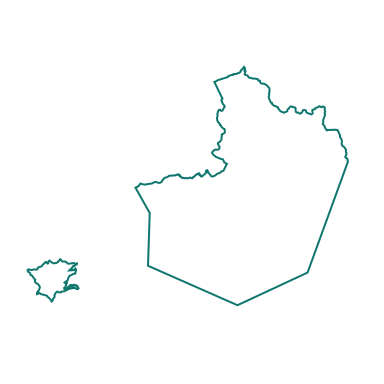 Guevea de Humboldt, Oaxaca, Mexico, rotated 10°
{"feature_id": "50627088B66942360920108", "entity_name": "Guevea de Humboldt", "entity_type": "district", "adm_level": 2, "iso_a3": "MEX", "parent_name": "Mexico", "parent_adm1": "Oaxaca", "projection": "orthographic", "projection_center": [-95.455, 16.84], "detail": "fine", "context": "isolated", "style": "outline", "palette": "teal", "viewbox_px": 384, "rotation_deg": 10, "n_neighbors": 0, "source": "geoboundaries", "source_scale": "gbopen_adm2", "svg_char_len": 5838}
<svg xmlns="http://www.w3.org/2000/svg" viewBox="0 0 384 384"><g transform="rotate(10 192 192)"><path d="M296.3,90.3L296.5,91.5L297.2,93.5L296.7,94.3L296.3,94.8L295.5,94.8L293.0,94.3L292.4,94.3L290.8,93.7L289.9,91.9L289.0,91.7L287.1,92.1L286.7,93.9L286.4,94.7L285.0,96.1L283.7,95.9L283.0,95.3L281.4,95.6L280.6,95.2L280.2,94.6L279.8,93.6L279.6,91.9L278.9,91.0L277.2,90.8L276.3,90.8L274.8,90.4L273.5,91.6L272.9,92.8L272.1,93.8L271.8,94.4L271.7,96.0L268.9,97.8L268.2,98.0L267.6,97.6L265.3,97.2L263.7,96.0L262.8,94.9L262.1,94.6L261.9,93.6L260.5,93.4L259.5,92.9L258.0,92.8L257.1,92.4L255.6,91.4L255.4,90.4L254.1,90.2L252.6,88.0L251.0,85.2L251.1,82.2L250.7,81.5L250.9,79.4L250.5,77.1L249.6,75.8L248.2,74.7L245.9,73.3L243.9,72.9L241.5,73.1L240.5,72.5L239.5,71.1L239.5,70.6L238.1,70.8L237.0,69.4L234.2,69.4L232.1,69.7L231.5,69.7L231.0,69.5L229.8,69.6L227.9,69.3L226.9,68.0L225.7,67.5L224.1,67.5L223.3,66.7L223.8,63.7L222.6,63.6L222.5,62.8L222.9,61.4L222.6,60.8L221.6,59.8L220.8,61.3L219.2,63.5L218.6,65.7L217.4,66.7L216.0,67.3L215.7,67.7L215.0,68.1L213.5,68.5L212.4,68.6L212.3,69.5L210.5,69.9L207.7,71.5L207.4,72.5L198.0,77.4L196.3,78.9L194.9,79.7L205.8,94.8L205.1,95.6L205.0,96.6L207.1,99.9L208.3,100.8L209.4,102.2L209.0,103.1L207.9,106.5L206.8,107.0L205.9,106.8L205.1,106.1L204.4,106.3L203.6,108.1L203.4,111.0L203.8,111.6L204.0,112.8L203.7,114.6L204.5,117.2L205.4,118.5L207.2,119.7L207.9,121.2L208.3,121.2L209.1,121.8L209.4,122.4L210.7,123.4L212.2,124.3L212.9,124.2L213.3,124.8L213.9,126.9L213.9,127.8L213.3,128.7L212.4,129.5L211.6,129.9L211.3,130.6L211.6,131.0L211.6,132.9L211.9,135.0L211.7,135.8L211.3,136.4L210.8,137.8L209.2,139.0L209.1,139.9L209.4,140.5L210.6,142.1L211.3,142.8L211.4,144.6L210.2,145.9L208.0,146.1L207.1,146.5L206.2,147.4L205.5,148.4L205.0,149.5L205.1,150.3L207.2,152.0L209.6,153.3L214.1,154.3L215.3,154.5L216.4,154.3L217.2,155.0L218.5,157.1L221.5,158.2L219.3,165.6L218.2,166.1L215.7,168.7L214.3,169.2L213.5,169.9L212.0,171.7L209.4,173.3L208.0,173.0L204.7,169.9L203.3,167.9L202.6,168.1L202.2,168.7L202.1,169.1L202.5,169.3L203.0,170.3L201.9,171.2L201.3,172.5L200.5,173.1L199.6,174.5L199.1,175.0L198.2,175.0L198.1,174.5L196.6,174.2L196.5,173.9L196.8,173.5L196.7,173.4L195.9,173.3L196.0,172.6L195.6,172.3L195.2,172.4L194.5,173.3L193.4,173.8L193.4,174.2L192.4,175.0L191.8,176.2L191.4,176.3L190.8,176.8L190.7,177.4L190.2,177.7L190.1,178.3L189.8,178.4L189.5,178.2L188.3,178.3L187.6,178.1L186.2,179.1L184.6,179.1L184.2,179.4L182.8,179.5L182.3,179.8L181.3,179.5L180.6,179.9L179.8,179.5L179.0,179.6L178.4,178.8L177.4,178.7L177.0,178.5L176.9,178.2L177.1,177.7L176.8,177.3L176.2,177.4L175.9,177.6L175.5,177.5L175.2,177.0L173.9,177.8L173.1,178.1L172.6,178.6L169.5,179.2L168.9,179.6L166.9,179.8L165.5,181.3L162.4,183.0L161.5,184.4L160.2,187.4L158.7,188.6L157.7,188.8L154.9,188.5L153.7,188.6L151.0,190.6L147.4,191.7L144.6,192.9L141.1,192.9L139.8,192.6L138.3,195.5L135.6,197.6L154.0,220.0L161.5,272.3L256.4,295.6L319.8,251.3L340.3,135.0L339.7,133.9L339.4,132.5L338.8,132.0L337.2,131.4L336.8,131.0L337.3,129.3L337.5,127.7L337.3,126.7L336.8,126.2L336.4,125.0L336.5,124.4L336.1,123.4L334.0,121.2L332.6,120.7L331.6,120.0L331.2,119.2L331.0,118.0L330.9,116.2L330.2,114.3L328.1,112.0L327.9,110.3L326.7,108.9L325.9,107.4L325.1,106.6L324.7,105.8L322.4,105.8L319.7,106.3L317.4,106.9L314.8,107.3L314.2,107.9L312.6,106.6L312.5,106.2L311.9,105.6L310.5,103.4L309.2,102.5L308.9,102.0L309.2,100.4L308.7,98.7L309.1,95.5L309.6,94.0L309.6,92.9L309.0,91.8L309.1,89.8L308.3,87.8L308.1,85.8L307.6,85.3L306.0,85.1L305.6,85.2L304.8,86.1L302.6,85.4L301.8,85.9L301.3,86.7L299.1,87.8L298.9,88.7L298.3,89.4L297.5,89.5L296.3,90.3ZM71.8,284.6L70.3,285.6L67.9,286.3L66.9,286.1L65.7,285.3L65.1,285.2L63.6,284.3L63.1,284.9L62.7,285.8L62.8,287.2L62.3,287.5L61.8,287.5L61.3,286.5L60.2,286.3L59.3,287.1L59.3,287.6L57.6,289.5L57.5,290.1L57.0,291.0L56.0,291.9L55.2,292.0L53.7,293.0L53.2,293.9L53.2,294.9L52.5,295.4L51.7,295.6L49.4,295.7L48.3,296.5L47.4,296.7L46.2,296.8L44.4,296.5L43.8,297.2L43.7,297.8L43.8,298.2L44.7,299.2L45.9,299.5L47.0,300.4L47.4,301.8L47.8,302.0L48.6,302.0L49.3,302.3L50.7,303.9L51.8,304.9L52.9,305.6L52.8,307.2L53.4,308.2L56.7,309.7L58.5,311.5L58.7,312.5L58.5,314.1L58.3,315.4L57.4,316.8L57.0,317.9L57.1,319.5L57.9,319.1L59.0,318.0L59.3,317.9L61.5,319.0L62.6,318.8L67.2,319.4L68.8,320.9L70.3,321.6L72.0,323.2L72.7,324.2L73.6,323.2L73.7,321.5L74.9,319.3L74.5,317.7L75.2,315.2L76.3,313.7L76.9,313.5L78.1,313.9L79.6,313.8L80.5,313.4L80.7,312.9L81.2,312.6L82.7,312.2L83.8,311.7L84.7,311.1L85.3,310.3L87.0,309.4L87.5,308.9L90.2,307.7L91.9,307.1L93.1,306.9L94.3,307.3L96.1,307.5L96.8,307.2L97.0,306.6L96.4,305.8L95.7,305.4L95.4,304.9L95.5,304.6L95.0,304.2L94.8,304.5L94.4,304.8L94.2,304.3L93.1,303.8L92.4,303.8L91.7,303.9L91.4,304.3L90.6,304.6L89.9,304.4L89.3,304.4L89.1,304.5L89.7,305.0L90.1,305.0L90.7,305.3L91.5,305.0L91.7,305.5L91.8,306.1L91.7,306.3L91.3,305.6L90.6,306.0L90.0,305.7L89.5,306.1L89.1,305.9L88.8,305.4L88.0,305.3L87.6,305.7L87.8,305.9L87.6,306.2L87.7,306.6L87.4,306.8L87.4,307.1L86.6,307.3L86.2,307.8L85.9,307.7L85.7,308.0L85.3,308.1L84.6,308.6L84.4,309.3L83.1,309.6L82.7,308.8L83.9,307.7L83.8,306.9L84.1,306.0L84.3,305.6L84.3,305.1L83.7,304.5L84.4,303.9L84.6,303.5L84.6,303.0L84.2,302.8L82.6,303.3L82.3,303.2L82.6,302.8L84.8,300.8L85.0,300.0L85.0,298.6L85.5,297.3L85.6,296.4L86.3,295.8L86.9,295.1L87.6,294.8L89.5,293.2L91.1,292.7L91.3,292.0L91.1,291.5L91.4,289.1L91.1,288.6L91.0,288.1L90.4,287.6L89.9,288.8L89.5,289.2L89.0,289.4L87.5,289.7L87.2,290.1L86.6,290.0L84.9,290.5L85.5,289.6L85.6,289.1L86.5,288.8L87.2,287.0L87.5,287.0L87.7,285.7L88.8,285.4L89.2,284.7L91.2,283.1L91.3,282.8L91.1,282.3L90.2,282.8L89.3,283.1L87.8,282.4L87.3,282.9L86.2,282.9L84.6,283.6L82.5,284.1L81.6,283.8L80.8,283.1L79.6,282.5L76.2,283.0L75.6,282.5L74.8,281.4L73.8,281.1L73.5,281.5L73.5,282.0L71.8,284.6Z" fill="none" stroke="#0f766e" stroke-width="2"/></g></svg>